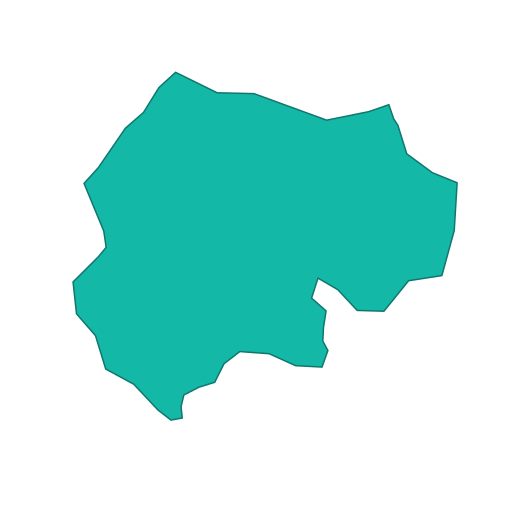 map outline of Donduseni (Mercator projection), rotated 15°
{"feature_id": "MDA-1614", "entity_name": "Donduseni", "entity_type": "District", "adm_level": 1, "iso_a3": "MDA", "parent_name": "Moldova", "parent_adm1": "", "projection": "mercator", "projection_center": [27.772, 48.214], "detail": "fine", "context": "isolated", "style": "filled", "palette": "teal", "viewbox_px": 512, "rotation_deg": 15, "n_neighbors": 0, "source": "natural_earth", "source_scale": "10m", "svg_char_len": 769}
<svg xmlns="http://www.w3.org/2000/svg" viewBox="0 0 512 512"><g transform="rotate(15 256 256)"><path d="M345.2,75.5L353.5,87.9L359.2,93.0L375.2,118.3L404.8,129.9L431.2,133.2L431.5,134.1L440.9,180.1L440.6,226.8L409.8,240.4L393.9,276.2L367.8,282.4L343.8,267.4L321.6,261.3L320.6,282.3L337.9,290.9L339.7,307.6L342.6,321.0L349.9,328.7L348.5,346.2L322.6,351.7L293.9,347.0L265.1,352.5L253.0,368.3L248.8,388.7L234.8,397.5L222.3,408.9L222.6,420.9L226.7,431.6L216.3,436.5L201.3,430.2L171.1,411.5L140.1,404.1L121.6,374.5L97.6,358.3L86.0,328.4L103.9,297.6L109.0,286.4L102.5,271.3L71.1,230.4L80.9,211.3L96.8,166.3L110.2,146.4L118.7,118.3L130.8,99.4L176.2,108.4L212.0,99.7L289.1,106.5L327.7,87.3L345.1,75.5L345.2,75.5Z" fill="#14b8a6" stroke="#0f766e" stroke-width="1.5"/></g></svg>